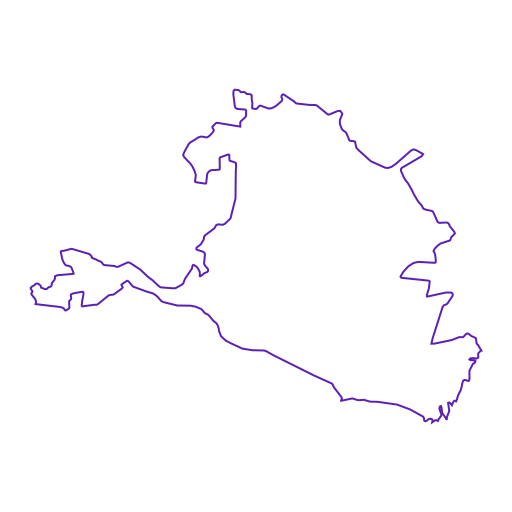 map outline of Kalmyk (Robinson projection)
{"feature_id": "RUS-2390", "entity_name": "Kalmyk", "entity_type": "Republic", "adm_level": 1, "iso_a3": "RUS", "parent_name": "Russia", "parent_adm1": "", "projection": "robinson", "projection_center": [44.737, 46.505], "detail": "fine", "context": "isolated", "style": "outline", "palette": "violet", "viewbox_px": 512, "rotation_deg": 0, "n_neighbors": 0, "source": "natural_earth", "source_scale": "10m", "svg_char_len": 6026}
<svg xmlns="http://www.w3.org/2000/svg" viewBox="0 0 512 512"><path d="M478.0,344.9L481.3,350.5L481.0,350.5L478.5,353.0L478.1,353.9L478.3,357.0L478.2,357.7L476.7,358.5L472.3,358.1L470.3,358.4L469.4,359.5L470.5,360.1L474.3,360.4L475.4,360.7L475.4,361.5L474.6,363.0L473.0,363.7L469.7,370.1L469.4,371.7L469.5,379.3L468.8,380.9L467.8,380.9L466.3,380.3L464.5,379.9L463.2,380.7L462.4,382.8L461.6,387.0L460.6,390.4L458.1,395.3L456.9,399.4L456.1,401.4L454.5,400.7L453.4,401.7L451.9,405.3L450.4,403.3L449.2,402.5L448.2,402.7L448.2,403.6L449.3,411.0L447.3,416.0L446.9,417.7L446.8,419.1L446.3,419.1L445.3,417.4L442.6,413.6L442.0,412.1L441.6,407.9L440.9,406.0L439.8,406.6L439.4,408.7L441.5,414.8L441.0,416.0L438.6,419.3L437.9,421.0L436.4,420.1L434.9,420.4L432.2,422.3L432.6,420.5L432.3,419.5L431.9,419.2L430.0,418.8L429.3,418.8L428.7,419.0L426.5,420.9L425.4,421.2L424.9,421.1L424.4,420.7L424.1,419.9L423.9,418.0L423.2,416.7L410.2,409.5L397.1,404.6L377.5,401.8L371.2,401.7L369.1,401.4L364.0,399.8L359.0,400.2L357.3,400.0L352.4,398.4L341.1,400.8L341.0,400.7L341.9,398.5L341.5,397.2L334.0,387.4L332.6,384.5L331.8,383.5L313.8,375.4L273.5,355.3L266.6,351.4L264.2,350.5L252.2,350.2L242.3,348.6L231.3,343.5L226.0,340.7L224.5,339.5L221.0,336.1L219.0,330.9L218.7,328.5L217.6,325.1L216.3,323.1L213.2,320.7L209.6,316.2L207.9,314.6L204.7,313.0L202.2,309.9L200.9,308.9L195.7,306.7L190.5,305.7L177.3,305.5L163.8,302.2L161.9,301.4L161.1,300.8L157.2,296.4L154.0,294.0L152.1,293.1L147.3,291.8L133.3,286.7L132.1,285.7L128.9,281.7L127.6,280.8L126.8,280.9L121.5,284.5L121.6,285.4L122.7,287.2L122.4,287.9L121.4,288.9L114.0,294.3L113.0,294.7L111.2,294.8L108.8,295.3L98.2,303.9L96.9,304.7L94.1,304.8L82.3,306.4L81.8,306.0L81.7,305.5L82.3,300.0L82.9,297.8L83.5,293.6L83.4,292.3L83.0,291.9L81.9,291.8L73.1,293.4L71.1,294.3L70.8,295.3L71.2,298.4L70.8,299.5L69.3,301.0L69.1,301.6L69.4,307.5L68.8,308.5L68.0,309.2L66.3,310.3L65.4,310.5L64.7,310.0L64.3,309.0L62.8,307.8L60.2,307.0L35.5,304.1L36.1,302.0L35.9,300.7L34.9,298.7L31.5,294.4L31.3,293.7L31.5,293.1L32.2,292.3L32.4,291.3L30.8,288.9L30.7,287.9L31.7,286.8L34.3,285.2L35.7,283.9L36.8,283.5L38.2,283.7L40.2,285.3L40.8,286.1L41.1,287.6L45.4,289.2L46.7,289.0L48.6,287.2L50.0,286.9L51.2,286.2L51.6,285.3L51.9,283.2L52.2,282.5L54.1,280.4L54.9,278.8L55.0,276.3L57.5,275.2L73.2,273.9L73.6,273.7L73.6,273.1L71.6,268.0L71.1,267.2L69.4,266.0L66.0,265.4L64.7,264.1L63.7,262.4L62.4,259.6L60.8,252.2L60.8,251.5L62.0,250.9L63.7,250.8L71.0,248.9L72.0,248.9L89.3,254.0L91.7,256.5L91.8,257.6L92.0,257.9L96.1,259.5L97.8,260.5L100.4,261.5L101.7,262.4L103.5,264.8L104.5,265.1L114.4,266.0L116.4,266.8L117.1,266.9L118.0,266.8L127.5,262.5L128.8,262.4L131.0,263.5L140.3,269.6L147.8,276.7L152.6,280.3L158.3,285.7L159.9,286.9L161.1,287.4L173.0,288.3L175.5,288.2L181.3,285.0L183.3,283.3L184.6,279.8L185.6,277.9L191.9,268.7L192.5,265.8L193.1,265.0L194.1,265.1L196.7,266.8L198.4,269.2L199.7,271.8L199.8,273.2L199.8,276.1L200.6,276.2L204.5,273.1L207.4,271.9L208.1,270.9L208.1,269.9L207.8,268.8L205.6,266.3L204.2,264.3L204.1,263.1L204.9,254.3L204.8,253.6L204.0,252.3L203.0,251.7L196.8,249.7L196.4,249.3L196.3,248.7L196.5,247.9L197.0,247.2L200.0,245.0L200.9,244.1L203.5,239.9L203.8,239.0L204.1,236.7L205.2,235.2L212.6,229.7L214.6,228.0L216.1,225.3L217.2,224.6L218.4,224.4L222.9,224.8L225.0,223.7L230.5,218.4L235.5,198.4L235.8,170.7L236.1,166.3L236.0,163.4L235.8,163.0L234.9,162.4L229.8,160.7L229.4,159.8L229.3,155.0L228.9,154.6L228.1,154.5L220.4,157.3L219.9,157.5L219.6,158.4L219.8,168.3L219.6,169.3L219.1,169.7L211.0,170.2L208.8,171.6L207.5,173.3L207.2,174.3L206.1,183.4L205.2,183.6L195.7,182.2L195.0,181.5L195.7,176.4L195.7,174.5L194.4,170.6L192.4,166.5L190.5,163.8L184.1,157.0L183.1,154.9L183.3,154.4L184.6,151.4L188.6,144.2L190.4,142.3L194.9,139.7L197.4,137.9L198.9,137.2L200.6,136.7L202.7,136.7L206.0,137.3L207.2,137.3L208.9,136.3L211.2,134.1L213.3,131.6L213.7,130.7L213.8,129.9L212.5,127.8L212.3,126.9L215.4,123.6L216.3,123.0L217.2,122.8L240.3,126.6L240.2,122.9L240.7,121.4L244.6,117.9L245.8,116.4L246.1,115.7L246.1,110.5L245.4,109.6L237.2,108.9L235.7,108.1L235.0,106.7L234.7,105.2L233.3,93.9L233.6,90.9L234.5,89.7L238.4,90.1L239.4,90.6L240.7,92.1L241.3,92.2L244.4,92.0L246.7,93.9L250.4,94.3L251.3,94.7L251.7,95.5L251.7,99.0L252.4,103.3L252.1,107.7L252.2,108.2L252.6,108.5L253.9,108.8L256.2,108.9L257.0,108.5L258.8,106.4L259.5,105.8L260.3,105.6L268.8,108.6L271.0,108.3L273.6,107.4L276.4,105.6L281.4,101.3L282.0,100.5L282.3,99.5L282.3,99.0L281.4,97.2L281.5,95.9L282.3,94.8L283.0,94.4L283.6,94.4L293.6,101.1L296.1,103.4L296.7,103.5L309.1,104.9L315.1,105.0L316.9,105.5L327.7,114.4L329.0,114.6L337.5,111.1L339.9,110.8L340.4,111.0L342.1,113.5L342.3,114.1L339.9,120.0L339.8,122.8L340.2,124.9L341.9,129.0L342.9,130.3L345.5,132.0L346.4,133.3L348.0,136.8L349.1,139.9L349.5,140.5L350.2,140.8L353.8,141.2L355.0,141.6L356.4,147.8L358.7,150.3L370.9,161.3L384.7,167.5L387.0,168.0L388.4,167.9L391.6,166.8L396.2,163.6L410.6,150.9L412.9,149.6L413.8,149.4L416.2,150.2L423.1,154.1L421.7,156.2L402.1,167.7L401.2,168.6L401.0,169.3L400.9,170.4L401.3,171.7L404.0,177.7L405.5,180.2L408.0,183.3L412.2,190.6L413.5,193.6L417.5,200.5L419.2,202.8L421.6,205.3L423.3,208.6L425.9,209.7L431.7,210.9L432.7,211.4L433.4,212.5L437.6,221.9L438.6,222.6L439.6,222.9L445.5,222.5L447.0,222.6L448.1,223.1L449.2,224.4L449.7,226.1L454.4,232.0L454.9,233.4L452.7,235.8L451.5,236.8L450.1,240.4L440.5,243.5L437.4,245.9L435.1,248.3L434.2,249.6L433.5,251.1L434.5,252.5L435.2,255.0L435.8,260.5L435.8,261.7L435.5,262.6L434.4,262.8L418.8,261.9L416.4,262.3L413.4,263.1L408.5,266.2L403.4,271.7L400.5,276.6L401.4,277.8L428.2,280.6L429.3,281.0L429.7,281.5L428.9,288.3L426.9,294.8L426.9,296.4L427.2,296.6L446.1,292.5L450.4,292.5L451.7,292.8L452.6,293.8L452.8,294.8L452.6,295.8L447.8,303.0L446.4,304.4L443.8,305.3L442.6,307.0L432.7,338.1L431.4,343.7L434.0,343.7L451.6,340.1L459.3,337.1L463.0,337.2L464.0,336.3L465.7,334.3L466.9,333.6L467.7,333.5L468.9,333.9L470.4,335.3L471.7,336.2L475.6,337.9L476.0,338.8L476.6,343.4L477.2,344.3L478.0,344.9Z" fill="none" stroke="#5b21b6" stroke-width="2"/></svg>